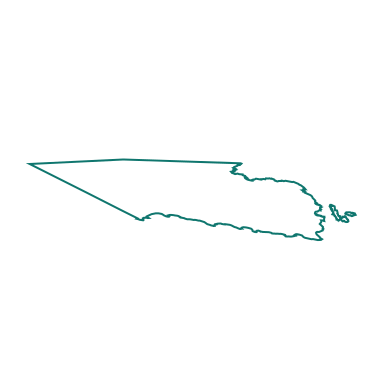 Vardø nor, Finnmark, Norway, rotated 14°
{"feature_id": "86288312B8683339582307", "entity_name": "Vardø nor", "entity_type": "district", "adm_level": 2, "iso_a3": "NOR", "parent_name": "Norway", "parent_adm1": "Finnmark", "projection": "equal_earth", "projection_center": [30.933, 70.337], "detail": "fine", "context": "isolated", "style": "outline", "palette": "teal", "viewbox_px": 384, "rotation_deg": 14, "n_neighbors": 0, "source": "geoboundaries", "source_scale": "gbopen_adm2", "svg_char_len": 5997}
<svg xmlns="http://www.w3.org/2000/svg" viewBox="0 0 384 384"><g transform="rotate(14 192 192)"><path d="M144.8,231.4L146.7,231.4L147.9,231.6L151.5,231.3L151.7,231.1L151.5,230.4L150.7,230.2L150.9,229.7L150.7,229.4L151.1,229.0L151.4,228.7L154.0,228.0L155.4,228.0L156.3,227.7L156.0,227.6L154.4,227.5L154.1,227.2L154.3,227.1L154.1,226.9L154.0,226.6L158.1,223.3L161.9,221.5L164.7,220.8L168.1,220.6L168.7,220.9L169.7,221.1L170.5,221.5L172.9,221.9L174.8,221.8L175.5,221.5L175.4,221.3L175.7,221.1L175.2,220.7L174.6,220.4L176.0,219.6L177.2,219.3L180.0,218.9L181.0,218.9L183.3,218.6L184.6,218.6L185.9,218.9L185.7,219.1L186.8,219.6L188.6,219.4L191.1,219.3L191.5,219.5L194.0,219.6L195.9,219.1L197.3,218.9L200.7,218.7L201.2,218.4L202.6,218.2L205.0,218.2L206.4,217.9L211.3,218.2L214.6,219.5L217.4,219.6L218.6,219.8L220.3,219.7L221.1,219.8L222.2,219.4L221.9,218.9L221.8,218.5L223.3,217.7L222.8,217.4L224.8,216.4L227.6,215.6L228.6,215.8L230.4,215.7L231.9,215.5L231.9,215.2L236.6,214.7L238.7,214.9L239.7,215.3L240.5,215.3L241.5,215.7L243.5,215.7L245.6,216.1L247.5,216.3L248.4,216.0L248.5,215.5L249.1,215.4L248.6,215.1L248.6,214.8L249.6,214.1L250.5,213.7L253.1,213.3L255.5,213.2L258.2,213.3L259.1,213.7L259.8,214.2L260.1,215.1L260.5,215.3L262.4,215.6L263.2,215.3L263.7,215.5L264.3,215.3L264.2,214.8L263.9,214.7L264.4,214.5L264.4,213.9L265.8,213.4L267.7,213.6L268.0,213.9L269.2,213.6L270.0,213.7L276.3,212.4L278.7,212.4L279.7,212.7L279.7,212.8L280.2,212.8L281.8,212.5L282.0,212.4L283.7,212.2L284.3,211.9L287.3,211.4L288.2,211.1L289.9,211.0L292.8,211.1L293.2,211.5L292.9,211.5L292.7,211.8L293.6,212.1L293.4,212.3L293.5,212.4L295.1,212.2L297.1,211.5L296.5,211.8L299.0,211.3L301.2,210.4L300.3,210.5L301.8,210.1L302.5,209.6L303.0,209.4L302.7,209.2L301.6,209.2L301.7,208.9L302.2,208.5L303.7,208.1L303.3,207.9L303.3,207.7L304.2,207.5L306.3,207.4L309.4,207.6L309.9,207.9L310.1,208.2L311.3,208.8L312.8,209.1L319.4,208.9L320.8,208.4L325.7,208.2L328.7,207.3L329.6,206.3L327.1,205.5L326.9,204.9L323.2,203.0L322.2,201.6L322.5,200.9L323.1,200.4L324.9,200.1L328.1,197.7L327.7,196.7L328.4,196.4L328.3,195.6L327.6,195.2L327.5,194.2L323.7,192.1L324.6,190.2L324.5,188.6L324.2,188.3L325.6,188.0L326.1,188.0L326.5,188.2L326.9,188.1L327.3,188.1L327.0,187.6L326.6,185.7L326.8,184.7L326.5,184.0L326.3,184.1L325.6,184.1L325.6,184.3L324.7,184.5L323.1,184.3L323.1,183.9L320.5,183.9L321.0,184.2L319.7,184.4L318.6,184.4L318.3,184.3L318.7,183.9L318.9,183.9L319.3,183.4L319.1,183.5L318.1,183.4L318.4,183.3L317.1,183.4L316.5,183.2L316.4,183.0L316.4,181.9L316.7,181.3L317.3,181.0L318.6,180.6L319.1,179.8L320.0,178.9L321.3,178.8L321.1,178.2L321.0,177.9L321.2,177.7L320.3,177.4L320.0,176.0L320.4,175.6L320.9,175.7L321.0,175.6L320.8,175.6L321.0,175.5L321.0,175.3L320.5,175.3L320.5,175.0L319.9,174.1L319.6,174.1L319.8,174.0L319.1,173.7L318.5,173.7L318.6,174.0L318.3,174.0L317.9,173.9L317.2,173.9L317.3,173.7L316.8,173.4L316.3,173.6L315.9,173.8L314.9,173.6L314.5,173.3L314.8,172.9L314.6,172.6L315.1,172.3L313.7,171.7L313.7,170.5L310.4,168.5L309.6,167.3L307.8,166.4L301.7,165.4L301.7,165.1L303.0,164.6L299.9,164.7L300.0,164.2L298.6,163.7L300.3,163.1L299.3,162.4L299.3,161.8L301.1,161.7L299.7,160.7L295.8,159.1L294.4,159.0L293.4,158.4L287.9,157.6L286.9,158.1L279.9,158.5L278.5,159.3L277.2,159.2L276.2,159.3L276.2,159.7L273.4,160.4L272.8,160.9L272.2,161.1L270.9,161.0L271.0,160.9L270.3,160.8L267.5,159.9L265.8,159.7L265.6,159.9L266.0,159.9L265.7,160.1L263.7,160.0L262.8,160.5L260.4,160.9L260.1,161.9L257.8,162.1L257.1,162.7L255.8,162.8L255.4,163.1L255.5,163.3L250.8,163.6L249.5,164.9L248.5,165.0L247.6,165.6L248.1,166.3L247.6,166.5L243.5,166.6L242.7,166.5L242.7,166.4L241.5,166.2L240.3,165.8L239.9,165.4L240.0,165.2L241.7,164.8L240.9,164.4L239.4,164.4L239.3,164.1L239.8,164.1L239.7,163.6L237.1,163.4L236.9,162.7L233.4,163.3L231.8,163.1L229.8,164.1L229.3,164.2L227.2,163.8L226.4,163.9L225.0,162.9L226.2,162.4L227.7,161.9L227.4,161.7L227.7,161.3L227.5,161.2L228.5,160.7L228.2,160.2L227.9,160.1L228.7,159.8L229.1,159.8L229.4,159.6L228.3,159.2L228.5,159.0L227.6,158.8L226.6,158.9L226.2,158.7L226.7,158.4L226.8,157.6L229.4,155.8L229.1,155.3L228.8,155.4L229.3,155.2L228.7,155.1L229.2,155.1L231.1,154.5L230.1,153.9L231.3,153.8L231.7,153.1L232.9,152.9L233.1,152.5L232.2,152.4L117.4,177.1L27.7,204.1L90.4,218.2L127.9,226.8L145.4,230.7L144.8,231.4ZM330.3,170.8L329.3,171.0L329.1,171.3L329.2,171.9L329.9,172.2L329.6,172.3L330.0,172.8L331.3,172.8L330.3,173.0L330.5,173.1L330.6,173.5L330.4,173.7L330.7,173.8L330.7,174.2L331.3,174.4L331.2,174.5L332.1,175.1L331.6,175.2L331.4,175.4L331.7,175.6L332.2,176.3L332.6,176.2L332.6,176.4L333.5,177.3L334.0,177.3L334.0,177.8L334.3,178.2L334.1,178.2L333.8,179.0L333.6,179.7L334.5,179.7L336.4,180.3L336.7,180.8L335.4,180.8L336.6,180.9L336.9,181.1L337.3,181.2L337.9,181.7L337.8,182.1L338.0,182.4L339.0,182.9L338.9,183.8L340.2,183.9L340.5,184.1L340.5,183.8L341.3,183.6L341.7,183.8L341.9,183.6L342.0,182.6L343.0,182.0L343.3,182.0L343.2,182.4L344.2,183.5L345.3,184.0L345.5,183.8L346.3,183.6L346.4,183.2L346.8,183.2L347.2,183.7L348.7,183.9L350.1,183.5L350.6,183.0L350.7,182.8L350.5,182.7L350.4,182.4L350.6,182.1L350.0,181.2L349.3,181.1L349.2,181.0L349.4,180.8L348.1,180.1L347.8,179.4L346.7,178.5L346.2,178.4L345.6,178.9L345.3,179.4L345.1,179.5L343.2,179.6L344.3,179.7L344.7,179.8L344.4,179.9L344.2,180.3L344.3,180.4L344.2,180.5L343.9,180.5L343.5,181.0L343.5,181.3L343.3,181.4L343.5,181.4L343.4,181.7L342.4,181.6L342.7,181.5L342.7,181.2L342.0,181.2L341.7,180.9L342.2,180.7L342.0,180.2L341.9,180.2L342.0,180.4L341.2,180.4L340.8,179.7L342.5,179.6L341.0,179.6L340.6,179.9L340.2,179.9L339.5,179.5L339.0,178.2L338.2,177.8L338.3,176.9L337.2,174.9L335.2,175.0L333.9,171.5L330.3,170.8ZM355.3,173.6L355.2,173.4L352.8,173.3L351.8,173.7L351.7,173.6L350.2,173.5L348.8,173.8L348.4,174.0L346.6,174.4L345.9,175.7L345.9,175.9L346.1,176.1L349.5,176.5L350.2,176.7L350.7,176.4L351.4,176.3L351.7,176.5L352.6,176.8L353.5,176.5L354.5,175.6L356.3,174.6L355.7,174.0L355.1,174.1L354.4,174.1L355.3,173.6Z" fill="none" stroke="#0f766e" stroke-width="2"/></g></svg>